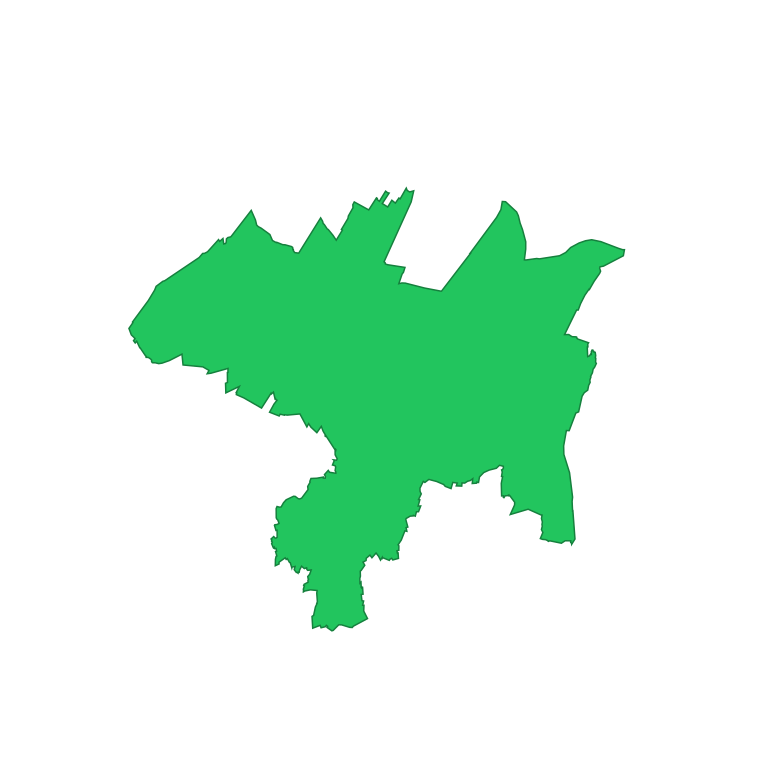 Leeuwarden, Friesland, Netherlands, rotated 303°
{"feature_id": "6326949B93347001607369", "entity_name": "Leeuwarden", "entity_type": "district", "adm_level": 2, "iso_a3": "NLD", "parent_name": "Netherlands", "parent_adm1": "Friesland", "projection": "natural_earth1", "projection_center": [5.791, 53.17], "detail": "fine", "context": "isolated", "style": "filled", "palette": "green", "viewbox_px": 768, "rotation_deg": 303, "n_neighbors": 0, "source": "geoboundaries", "source_scale": "gbopen_adm2", "svg_char_len": 6159}
<svg xmlns="http://www.w3.org/2000/svg" viewBox="0 0 768 768"><g transform="rotate(303 384 384)"><path d="M512.6,551.5L516.9,550.9L517.5,549.6L520.9,547.6L521.0,547.0L523.1,546.1L525.6,543.9L525.2,543.1L525.6,542.3L525.2,542.0L526.2,540.7L525.8,540.0L524.1,540.2L522.1,541.5L522.2,541.0L519.5,541.0L517.9,539.9L524.7,535.0L526.1,534.3L526.3,534.7L528.5,533.1L530.0,533.1L527.3,522.2L527.3,521.0L528.2,520.2L528.2,519.5L526.1,515.9L526.1,512.0L523.8,508.5L550.4,505.3L551.0,505.3L551.8,506.6L558.5,505.1L567.9,504.1L575.2,504.3L575.1,504.8L584.7,504.3L594.2,504.6L596.6,504.2L598.5,501.8L599.9,501.3L602.4,503.9L621.9,514.9L627.6,512.5L626.6,510.9L625.5,506.8L621.5,488.3L618.1,479.6L613.9,475.0L608.5,470.8L600.1,466.2L593.3,464.8L587.2,461.4L573.6,446.2L572.4,443.7L565.3,435.5L564.6,434.1L574.3,429.4L580.5,425.4L588.9,416.1L593.1,410.5L598.3,405.0L600.5,401.5L603.1,386.7L601.5,383.8L593.9,387.1L585.0,387.7L540.4,385.0L540.6,385.4L493.6,381.7L493.0,381.5L486.6,365.8L480.2,346.9L478.5,344.0L476.2,341.8L486.1,339.3L488.2,339.5L493.2,338.1L486.1,322.3L485.4,319.8L486.4,318.8L486.5,317.5L551.6,307.6L562.2,303.7L559.0,300.9L559.0,298.0L560.4,296.0L548.1,296.7L548.1,295.2L541.9,295.0L542.4,290.5L534.5,290.7L534.4,284.3L546.9,284.3L546.4,282.8L546.6,280.3L534.7,280.6L535.1,277.4L536.0,277.3L536.0,276.3L521.7,276.4L520.5,259.9L517.4,260.2L514.9,262.0L505.5,262.6L503.2,263.6L490.4,264.1L490.4,265.3L478.6,265.6L480.9,260.3L483.2,253.1L483.1,252.0L485.3,246.9L485.4,245.7L487.1,243.8L488.8,240.4L447.3,241.2L445.6,237.6L446.2,235.8L447.4,234.7L447.1,234.3L448.8,233.0L448.9,231.6L446.9,225.3L445.7,223.2L444.4,216.8L443.9,216.7L443.6,212.3L447.2,206.9L447.8,196.1L447.5,192.9L447.9,190.7L451.6,186.8L457.3,178.1L425.1,175.5L423.9,175.3L421.8,173.3L419.9,172.8L416.9,174.5L415.5,174.6L414.2,173.3L418.3,169.7L414.1,168.5L415.0,166.6L398.8,164.0L395.9,162.4L394.7,160.8L389.4,160.1L351.1,143.8L349.7,142.6L341.8,139.7L337.9,140.5L325.7,140.9L299.0,139.3L298.8,140.0L291.7,139.8L287.6,145.3L286.7,149.9L286.1,150.2L287.1,150.6L283.9,150.3L282.9,153.0L285.2,153.3L281.4,159.4L281.6,159.6L277.6,169.0L277.7,169.6L276.8,170.0L277.9,171.9L277.9,174.2L277.6,175.9L276.1,177.0L275.7,178.2L277.2,180.6L278.4,184.0L280.6,186.5L286.7,191.2L299.0,198.3L290.5,205.1L299.7,222.7L300.1,229.8L296.3,230.1L298.8,233.0L312.1,244.7L308.7,246.8L308.3,246.4L300.0,251.9L298.3,250.7L290.4,256.2L303.2,264.0L296.3,264.7L296.5,265.2L294.7,265.9L296.0,274.0L297.1,294.4L314.7,294.3L314.3,295.0L317.0,295.7L312.1,300.8L312.6,301.0L312.0,302.0L312.1,303.1L307.2,302.7L298.0,303.4L300.1,313.5L302.1,313.3L303.6,317.4L304.0,317.3L305.3,319.9L313.1,329.8L306.0,342.7L309.7,342.4L308.0,346.2L306.6,354.2L314.3,354.5L311.3,358.6L309.4,362.4L308.3,362.9L308.2,363.2L309.1,363.2L302.3,378.4L303.0,378.6L302.7,379.5L301.5,379.9L301.3,379.4L298.0,381.6L295.8,385.5L294.2,385.7L292.9,383.0L292.7,384.0L288.0,384.9L288.8,387.4L288.2,388.6L284.7,390.2L284.0,391.5L282.9,392.2L280.3,386.4L281.2,384.3L275.6,383.4L274.6,385.2L273.0,386.0L272.0,384.3L272.9,383.8L268.4,379.0L265.0,374.2L262.0,374.8L261.5,375.5L256.5,375.8L254.1,377.8L243.4,377.1L241.5,375.7L241.1,374.3L241.4,370.8L240.6,369.3L233.6,365.0L229.7,364.4L224.9,364.7L223.8,363.5L223.0,361.0L220.8,361.4L213.1,366.5L212.4,367.5L212.1,369.0L209.9,371.9L207.9,370.8L206.5,369.1L205.8,369.1L202.3,373.2L203.1,374.0L197.2,377.9L195.8,377.3L195.5,376.5L196.0,374.6L192.5,373.7L192.2,374.8L191.0,375.2L190.5,376.5L188.9,376.7L186.5,380.2L186.3,380.6L187.4,380.8L186.4,382.0L187.3,383.0L185.3,385.0L184.4,384.3L181.4,387.8L180.6,387.4L177.9,388.4L172.4,391.8L175.9,394.0L177.4,393.0L184.4,395.8L183.6,397.5L184.9,398.0L182.9,401.9L183.1,402.7L179.5,406.9L180.4,406.6L182.5,408.8L179.4,409.8L178.2,413.1L178.7,413.8L178.5,415.0L179.6,414.7L179.9,415.4L182.1,414.5L186.3,414.1L185.8,417.7L187.7,419.2L186.4,420.4L186.2,421.6L188.4,424.2L183.9,425.3L181.0,424.9L179.4,426.4L179.3,427.0L178.0,427.1L176.4,428.3L172.5,426.1L171.2,426.4L171.3,427.2L167.9,428.1L167.0,429.4L166.6,429.1L165.8,429.6L167.2,430.3L171.3,434.4L174.4,440.4L172.0,441.5L165.1,446.7L163.4,447.1L163.5,447.4L159.7,447.9L151.6,451.0L149.9,450.2L140.4,457.2L146.8,461.9L145.3,464.0L148.5,467.0L150.2,467.1L150.1,468.7L148.8,468.8L148.6,474.7L149.7,475.6L157.4,477.2L158.9,479.6L161.2,487.7L162.5,490.0L164.2,490.2L178.3,497.9L182.5,490.7L187.5,487.7L186.8,486.6L190.9,485.1L190.3,483.5L195.1,479.5L196.3,480.9L201.5,477.0L200.8,476.6L201.7,475.9L201.2,475.5L205.3,472.6L203.9,472.3L207.8,469.6L210.0,468.9L214.1,466.0L215.2,466.4L221.5,466.6L223.2,463.4L226.2,465.1L228.2,464.0L232.8,465.4L231.7,468.5L237.9,469.4L236.5,473.4L234.4,477.0L237.7,476.9L237.1,477.5L237.6,477.5L239.0,484.5L240.2,484.4L242.0,485.4L241.2,487.2L245.6,491.1L249.9,487.9L249.3,487.5L251.2,485.7L252.6,487.0L256.4,484.6L256.8,483.4L262.5,483.5L272.2,481.5L272.9,483.4L275.6,480.7L277.0,481.9L282.2,476.1L283.2,475.8L287.4,477.9L289.3,480.4L289.8,480.2L290.2,482.2L294.5,480.8L295.7,482.5L301.7,481.2L300.2,479.1L306.4,477.1L305.9,475.9L312.1,475.1L313.6,472.7L316.2,470.9L323.7,470.0L323.7,471.9L328.4,473.6L330.9,481.2L332.2,488.7L331.5,491.1L332.8,497.2L338.9,495.3L340.8,499.4L337.9,500.1L340.7,504.8L343.5,503.3L344.9,505.7L348.0,507.1L350.1,509.0L352.9,510.0L348.6,512.2L351.3,515.7L352.4,515.3L352.9,516.9L358.1,514.7L364.1,515.9L369.1,519.1L374.5,524.1L378.7,525.1L380.0,528.9L378.5,529.9L377.0,530.0L376.0,529.4L374.6,531.1L370.5,532.9L370.9,533.9L364.5,536.5L354.2,543.6L355.2,545.0L353.9,545.9L354.0,546.5L356.3,546.5L357.4,548.2L358.9,549.1L358.2,549.6L358.8,550.5L356.0,558.0L353.6,559.4L343.3,561.0L357.5,573.1L359.8,587.8L360.8,587.7L357.0,589.3L354.5,592.0L352.2,593.0L350.9,594.2L347.7,595.3L346.0,598.1L339.5,599.3L340.0,601.5L341.5,604.4L341.8,606.6L341.5,607.5L342.8,608.5L347.1,619.5L351.2,621.3L354.2,626.1L352.7,626.9L352.8,627.9L351.8,628.7L358.0,628.6L380.5,611.5L380.2,611.3L388.0,605.7L391.8,603.8L410.7,587.9L422.9,573.2L429.9,568.4L444.3,562.3L445.7,564.7L464.1,560.7L466.6,562.4L481.6,556.8L485.8,556.7L489.8,558.2L494.3,556.4L497.6,556.0L499.4,554.5L502.6,553.7L502.9,553.1L506.9,552.7L510.3,551.3L512.6,551.5Z" fill="#22c55e" stroke="#15803d" stroke-width="1.5"/></g></svg>